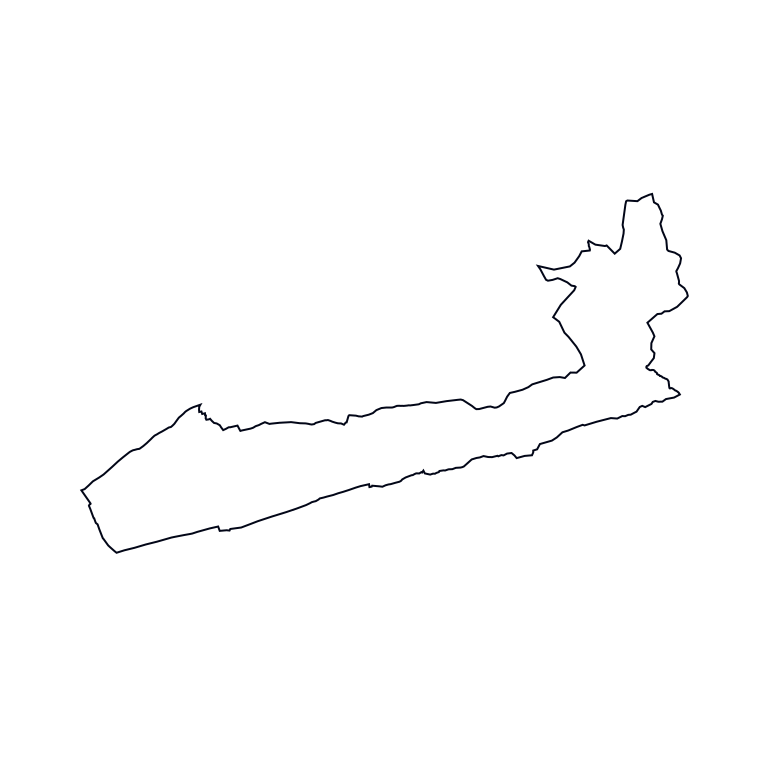 the district of Sambata De Sus, Brasov, Romania, rotated 254°
{"feature_id": "2599482B2272627924315", "entity_name": "Sambata De Sus", "entity_type": "district", "adm_level": 2, "iso_a3": "ROU", "parent_name": "Romania", "parent_adm1": "Brasov", "projection": "albers", "projection_center": [24.821, 45.691], "detail": "fine", "context": "isolated", "style": "outline", "palette": "ink", "viewbox_px": 768, "rotation_deg": 254, "n_neighbors": 0, "source": "geoboundaries", "source_scale": "gbopen_adm2", "svg_char_len": 6079}
<svg xmlns="http://www.w3.org/2000/svg" viewBox="0 0 768 768"><g transform="rotate(254 384 384)"><path d="M492.8,694.1L492.8,691.2L491.8,682.9L489.9,678.0L493.3,668.5L492.9,667.1L489.9,665.5L471.1,657.2L468.5,657.0L466.3,657.1L462.5,655.7L455.2,651.9L448.8,648.3L445.7,641.7L455.8,636.2L455.7,634.5L459.7,625.6L465.3,620.2L464.1,619.2L462.0,619.4L460.2,618.9L459.2,619.1L456.3,619.0L455.6,618.6L457.0,610.6L453.1,606.9L448.1,600.6L445.8,595.1L447.1,578.9L455.0,564.6L451.2,565.9L443.6,567.5L439.5,568.5L438.1,570.1L437.6,574.8L437.8,580.1L436.3,582.4L432.6,586.6L431.2,588.2L426.9,591.3L425.5,594.3L424.5,595.0L421.7,592.7L416.4,584.0L411.4,575.8L401.6,565.0L395.5,569.6L383.6,571.6L378.4,574.4L366.9,579.2L358.2,581.5L346.5,581.9L341.8,572.3L343.6,566.4L339.9,559.6L342.2,554.9L343.6,548.4L343.1,541.7L342.8,526.4L341.2,521.9L340.3,515.6L340.4,507.7L340.7,502.5L337.9,498.9L334.2,495.5L332.6,493.9L330.7,488.3L330.4,485.9L330.7,483.9L333.0,480.2L333.5,477.4L333.7,468.5L334.4,465.8L335.6,464.7L338.7,462.5L346.7,455.5L347.9,453.5L348.4,450.9L350.3,439.3L351.5,428.7L354.9,419.9L355.3,414.1L354.9,411.9L355.8,405.7L356.0,404.6L356.1,403.6L356.7,401.8L356.9,400.2L357.1,399.1L357.5,396.9L358.0,395.5L358.5,393.6L358.8,392.9L359.0,392.1L359.4,390.5L359.3,389.1L359.1,387.4L359.1,385.8L359.4,384.3L360.7,380.0L361.6,374.9L361.0,369.5L359.1,365.3L358.7,360.9L358.9,355.1L358.7,354.0L359.4,352.1L359.8,350.9L361.3,348.3L363.6,342.0L363.0,341.0L357.4,337.5L357.5,336.6L355.9,334.3L357.9,331.9L358.9,328.9L360.3,326.5L362.1,323.8L363.2,322.5L364.8,320.2L365.1,318.1L365.4,317.5L365.4,307.6L364.7,305.8L365.0,303.3L365.8,301.6L366.5,300.4L367.7,297.9L369.5,292.3L373.0,284.1L373.4,282.2L375.5,273.0L377.0,264.5L377.2,262.9L380.1,259.0L379.5,254.8L379.0,252.5L378.9,250.8L378.9,249.6L378.6,248.1L378.3,247.2L378.0,245.9L377.9,243.3L378.5,234.7L378.5,233.0L378.8,232.9L384.4,231.7L384.8,224.3L385.2,222.7L384.5,219.9L384.0,216.7L387.5,215.4L389.6,214.8L392.2,212.3L393.4,209.9L396.1,208.3L398.5,207.2L398.4,206.7L398.3,205.9L398.6,203.4L400.1,203.1L402.8,204.1L403.2,203.4L405.2,203.8L405.3,201.0L407.9,200.9L408.0,198.7L409.8,199.0L411.2,199.4L412.0,199.8L412.9,200.0L414.7,201.8L414.3,194.4L414.0,192.3L413.7,190.6L412.5,186.4L411.9,185.0L410.8,183.2L409.2,179.8L408.2,177.5L406.8,175.7L405.4,173.9L403.5,171.5L403.0,170.6L402.1,168.9L401.4,167.3L401.5,165.1L400.8,162.6L399.5,157.4L398.9,154.4L398.1,151.6L397.8,150.0L397.5,149.0L396.2,146.4L395.5,145.2L392.6,139.7L390.7,135.5L389.1,131.1L389.4,128.7L389.4,126.0L389.5,124.6L389.3,123.3L388.8,121.0L388.3,119.7L385.5,112.9L382.8,106.8L379.3,99.9L374.3,89.5L372.6,84.4L370.7,77.4L367.9,72.2L365.5,67.3L365.2,63.8L350.0,69.0L349.5,68.7L349.3,67.7L348.3,66.8L345.0,67.2L335.4,67.9L334.8,68.1L334.7,68.4L332.3,68.5L329.9,68.7L328.0,70.0L322.7,70.3L313.1,71.2L312.8,71.5L304.8,74.4L302.8,75.6L297.6,78.9L295.5,80.4L295.7,88.6L295.3,99.0L295.4,110.8L295.0,122.4L295.0,137.3L294.7,141.3L293.9,150.3L293.3,156.0L293.1,158.5L293.3,163.7L293.2,176.7L292.7,185.3L288.1,185.6L286.8,192.4L285.7,195.1L287.0,196.3L285.4,207.2L286.2,216.9L286.9,224.8L287.5,239.7L287.8,254.7L288.3,265.3L288.6,269.3L289.1,275.8L289.9,280.4L290.3,281.9L290.3,284.1L290.2,286.1L291.0,289.3L291.7,290.7L291.5,294.4L291.5,298.3L291.3,304.5L291.6,309.9L291.6,315.0L291.8,321.2L292.2,328.2L292.3,333.4L291.8,342.0L288.9,341.6L288.8,342.2L288.9,343.1L288.7,343.8L289.5,344.6L286.8,351.6L285.9,353.7L285.7,354.2L286.2,357.5L286.2,360.6L285.9,362.8L285.9,367.8L285.8,372.0L286.3,373.9L287.2,375.1L288.2,379.0L288.7,385.2L288.5,386.6L289.0,388.5L289.2,390.0L289.1,390.8L288.3,393.2L289.0,395.6L288.4,396.2L289.9,398.0L286.8,398.6L284.2,403.4L284.3,406.4L283.7,408.3L284.1,409.9L284.2,412.4L285.1,413.3L284.6,417.2L284.0,419.0L284.2,422.5L283.3,426.2L283.6,430.0L282.6,434.4L282.5,436.2L282.7,438.0L287.3,447.5L287.4,452.5L287.0,455.9L287.3,459.8L285.1,464.0L283.9,467.8L283.7,473.3L283.0,473.9L283.3,477.2L282.4,479.3L283.2,483.1L282.5,487.6L279.4,489.7L276.2,491.1L276.1,499.4L274.7,506.6L277.1,508.6L278.9,509.1L279.0,513.2L283.3,517.3L283.3,529.8L285.0,535.4L288.4,542.2L288.5,548.2L289.5,557.2L290.0,563.7L288.9,565.4L289.1,577.9L288.7,592.7L286.5,598.7L287.5,604.2L286.6,606.9L287.0,610.3L286.5,612.7L287.5,617.4L287.8,619.1L291.4,623.5L291.8,626.2L289.8,628.7L291.1,635.6L292.7,637.4L292.9,640.2L291.3,642.9L290.3,646.8L291.8,650.9L291.0,659.1L292.3,665.3L292.5,665.2L292.6,665.3L293.1,665.2L293.1,665.3L293.8,665.1L294.2,665.0L294.6,664.8L295.1,664.4L295.3,664.4L295.5,664.2L296.5,663.4L296.8,663.1L297.1,662.8L297.4,662.3L297.7,662.0L298.9,661.2L300.0,660.3L300.3,660.0L300.8,659.3L300.9,659.1L301.0,658.8L301.0,658.3L301.0,657.9L300.9,657.7L301.0,657.5L301.4,657.3L301.7,657.4L301.9,657.3L303.4,657.5L303.7,657.5L304.5,657.7L305.9,657.9L307.1,658.1L307.8,658.3L308.2,658.2L308.9,658.1L309.2,657.9L309.4,657.9L310.1,657.7L310.7,657.2L310.9,657.0L311.0,656.9L311.2,656.5L311.3,656.4L311.5,656.0L311.8,655.7L312.2,655.3L312.5,655.1L312.8,654.7L313.4,653.8L313.7,653.5L314.0,653.4L314.4,653.2L314.6,653.0L314.8,652.8L315.4,652.2L315.6,651.6L315.7,651.4L315.8,651.4L316.4,651.2L316.6,651.1L317.1,650.4L317.4,650.2L317.8,649.6L318.2,649.3L318.4,649.2L318.7,649.3L318.9,649.4L319.0,649.4L319.5,649.3L320.1,648.9L320.7,648.3L321.1,648.1L321.4,647.9L321.9,647.9L322.3,647.7L322.7,647.4L323.2,646.8L323.4,646.2L323.6,645.7L323.7,645.3L323.6,644.8L323.7,644.5L323.8,643.9L323.9,643.6L324.5,642.9L325.1,642.4L326.1,641.5L326.6,641.2L327.2,640.8L327.4,640.9L327.5,640.8L328.0,640.8L328.8,641.5L329.0,643.2L331.7,646.7L334.5,650.5L339.1,652.5L343.6,650.4L349.6,652.3L355.3,657.1L359.3,656.6L370.3,654.1L375.9,666.1L375.1,670.1L376.5,673.7L375.4,678.3L377.4,687.1L384.0,699.4L384.9,700.3L388.5,700.4L393.4,699.1L398.4,695.3L399.2,695.1L400.7,695.7L401.8,696.0L409.8,696.1L411.1,696.0L411.9,696.1L414.2,698.4L418.3,701.9L423.0,704.2L426.1,703.6L430.1,699.7L433.5,694.1L435.2,693.2L444.4,695.0L447.6,694.6L454.1,693.8L461.8,693.8L465.7,696.6L468.9,698.4L470.2,697.9L474.4,697.9L477.1,697.4L480.9,696.8L484.2,693.6L492.8,694.1Z" fill="none" stroke="#020617" stroke-width="2"/></g></svg>